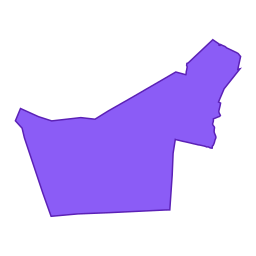 the district of Rojas de Cuauhtémoc, Oaxaca, Mexico
{"feature_id": "50627088B87097149335611", "entity_name": "Rojas de Cuauhtémoc", "entity_type": "district", "adm_level": 2, "iso_a3": "MEX", "parent_name": "Mexico", "parent_adm1": "Oaxaca", "projection": "robinson", "projection_center": [-96.619, 17.005], "detail": "fine", "context": "isolated", "style": "filled", "palette": "violet", "viewbox_px": 256, "rotation_deg": 0, "n_neighbors": 0, "source": "geoboundaries", "source_scale": "gbopen_adm2", "svg_char_len": 1824}
<svg xmlns="http://www.w3.org/2000/svg" viewBox="0 0 256 256"><path d="M20.5,108.5L15.4,120.8L22.1,128.2L24.4,137.8L42.9,193.3L51.1,216.3L77.8,213.9L110.4,212.6L164.9,210.0L169.8,209.9L172.2,175.1L173.1,153.3L175.3,139.4L175.7,139.6L179.2,140.4L180.4,140.7L183.2,141.4L184.4,141.6L190.5,143.0L193.7,143.8L195.2,144.1L197.6,144.7L197.9,144.8L198.5,144.9L199.4,145.0L200.0,145.1L204.4,146.1L205.7,146.5L206.3,146.8L207.0,147.0L207.5,146.9L208.0,146.8L208.6,147.0L208.9,147.2L209.5,147.6L210.3,147.9L211.2,148.1L212.2,148.1L212.3,147.2L212.3,146.6L212.4,146.0L213.0,145.6L213.3,145.1L213.6,144.4L213.8,144.0L214.3,142.7L214.6,141.6L214.8,140.8L215.1,139.7L215.5,138.9L215.6,138.7L215.9,137.7L215.9,137.0L215.7,136.1L215.3,135.1L214.7,133.7L214.5,133.2L214.2,132.1L214.2,131.8L214.1,131.5L214.1,131.4L214.2,130.8L214.2,129.6L214.5,128.0L214.5,127.5L214.4,127.1L214.1,126.6L213.7,126.1L213.2,125.4L212.9,124.9L212.7,124.5L212.6,123.9L212.7,123.4L212.9,123.0L213.0,122.5L213.3,121.4L213.4,120.8L213.4,119.4L213.4,118.8L215.1,118.2L217.2,117.3L218.2,116.9L218.9,116.7L219.6,116.4L219.8,116.2L220.4,115.4L219.1,112.9L218.8,111.3L219.4,108.6L220.0,106.1L220.6,103.1L218.5,102.0L224.1,88.8L240.0,68.8L237.8,69.4L240.6,56.5L240.6,56.4L240.4,56.2L240.1,56.0L239.7,55.4L239.4,55.1L239.2,54.8L239.0,54.6L238.8,54.4L238.6,54.0L238.3,53.7L237.8,53.3L237.4,53.1L236.7,52.7L236.4,52.5L236.1,52.4L226.5,47.8L226.4,47.7L225.7,47.0L224.8,46.4L222.2,45.3L220.7,44.5L220.1,45.4L219.3,45.3L219.0,44.8L218.9,44.8L219.0,44.4L219.2,44.1L212.9,39.8L212.8,39.7L207.4,44.8L188.2,62.9L186.9,63.4L186.6,65.3L187.2,66.9L186.8,69.0L186.6,70.2L186.3,71.3L186.2,72.3L186.1,73.7L185.8,74.7L183.2,74.0L175.8,72.0L175.6,72.1L131.5,97.7L108.0,111.1L95.0,119.2L80.8,117.6L51.7,120.9L38.6,116.7L20.5,108.5Z" fill="#8b5cf6" stroke="#5b21b6" stroke-width="1.5"/></svg>